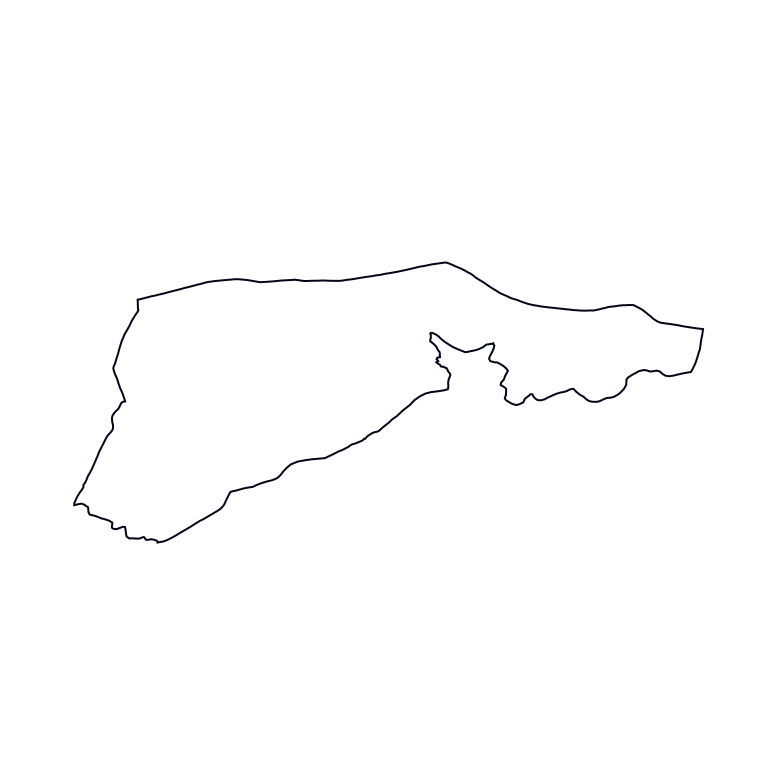 Peam Chor, Prey Vêng, Cambodia, rotated 82°
{"feature_id": "14789045B80161198747042", "entity_name": "Peam Chor", "entity_type": "district", "adm_level": 2, "iso_a3": "KHM", "parent_name": "Cambodia", "parent_adm1": "Prey Vêng", "projection": "equal_earth", "projection_center": [105.272, 11.043], "detail": "fine", "context": "isolated", "style": "outline", "palette": "ink", "viewbox_px": 768, "rotation_deg": 82, "n_neighbors": 0, "source": "geoboundaries", "source_scale": "gbopen_adm2", "svg_char_len": 6145}
<svg xmlns="http://www.w3.org/2000/svg" viewBox="0 0 768 768"><g transform="rotate(82 384 384)"><path d="M266.2,616.2L274.7,617.1L276.8,617.0L278.2,618.0L281.4,620.9L286.5,625.1L291.0,628.0L294.8,630.9L298.4,633.8L301.7,635.7L304.5,637.5L308.9,639.6L313.7,641.8L317.4,643.3L321.0,645.1L326.6,647.6L328.5,649.0L330.8,649.9L332.3,649.8L336.5,649.1L340.5,647.9L343.3,647.3L346.7,646.8L351.2,645.9L356.7,644.3L365.2,642.7L365.2,644.0L365.6,645.8L366.6,647.1L368.8,648.5L371.4,650.3L373.8,653.6L375.7,655.7L378.0,657.5L380.3,658.2L383.8,658.4L387.0,658.1L390.2,658.6L391.7,659.3L393.9,661.5L396.5,664.7L398.6,666.5L403.5,669.9L405.8,671.5L411.3,675.4L415.3,677.6L425.3,683.7L428.1,685.5L431.1,687.7L434.4,690.3L437.6,692.0L440.0,693.7L442.2,695.7L444.5,696.1L446.9,698.1L449.3,700.5L451.4,702.2L453.8,704.1L456.0,705.4L458.9,707.3L460.9,707.6L460.7,705.9L460.4,702.1L460.4,700.1L462.0,697.2L463.4,696.1L464.3,694.6L465.2,694.2L469.6,694.5L472.3,693.7L474.6,688.0L476.3,685.1L477.7,682.6L479.1,679.2L480.7,676.0L481.3,674.9L482.1,674.0L483.4,672.4L484.7,672.5L486.6,673.2L488.4,673.4L489.6,672.3L490.4,670.0L490.4,668.7L489.7,665.5L489.1,662.1L489.6,660.3L492.7,660.2L496.7,660.3L499.3,660.1L501.4,657.9L501.9,654.0L502.5,651.3L502.9,648.9L503.0,647.4L502.5,645.9L502.1,643.1L503.0,642.4L504.9,641.6L505.4,640.4L505.4,637.6L505.3,636.2L506.2,633.4L507.5,631.0L508.4,630.2L509.5,630.3L509.3,628.6L509.4,627.4L509.2,624.4L508.6,621.3L507.2,616.9L505.7,612.8L502.2,604.6L500.4,600.2L498.8,596.2L496.4,591.1L493.9,585.3L492.3,580.5L490.2,575.6L486.4,566.4L484.7,563.1L482.8,560.7L481.0,558.9L477.1,556.5L472.3,553.2L469.7,551.3L469.2,549.7L469.0,546.0L468.6,542.8L467.9,537.9L467.6,531.8L467.6,528.2L466.3,524.2L465.0,518.6L464.2,513.3L463.7,508.0L462.4,503.0L459.9,499.3L456.2,495.5L453.2,491.6L450.6,487.4L448.8,480.1L448.5,471.9L448.5,465.7L448.8,460.7L449.0,456.7L449.2,452.9L446.5,444.3L445.5,441.3L444.6,438.9L443.6,434.6L442.7,432.0L441.4,428.3L440.3,426.3L439.4,424.2L439.1,421.6L438.3,418.2L437.6,415.5L437.1,413.8L436.6,412.5L435.4,411.4L435.6,410.1L434.3,408.8L433.1,407.1L431.4,403.6L430.4,400.2L430.3,397.8L429.9,395.9L428.7,394.0L427.0,391.6L424.7,387.6L422.8,384.4L420.2,380.9L418.6,377.7L417.4,375.4L415.9,373.4L412.2,368.0L408.4,361.3L404.2,356.0L401.3,350.4L399.2,344.2L398.6,338.5L398.7,331.9L398.6,325.4L398.1,321.6L397.0,321.0L394.2,320.5L391.9,320.4L388.7,319.4L385.1,317.4L383.8,317.0L382.1,317.7L380.4,318.7L378.1,319.4L376.9,319.9L376.2,321.5L375.1,322.6L375.2,323.6L374.4,325.3L372.7,326.0L370.7,328.4L369.7,329.1L368.9,327.1L367.8,327.8L366.8,328.5L365.4,327.6L365.2,324.8L363.6,324.8L361.5,324.4L359.9,324.6L358.4,325.6L356.5,326.4L354.3,327.0L351.9,328.7L349.4,331.0L348.3,332.2L346.3,332.0L345.2,331.3L341.9,330.8L340.5,331.2L339.9,330.5L340.1,329.1L341.0,327.6L342.3,325.6L344.6,323.2L347.4,321.1L350.9,317.8L354.1,314.1L356.7,311.0L359.6,306.5L361.3,303.5L363.7,299.3L363.9,297.6L363.7,295.4L363.3,289.3L363.0,286.7L362.1,283.3L361.2,280.5L359.4,277.6L359.2,276.3L359.3,274.8L359.1,273.0L359.3,272.0L358.9,270.1L359.9,270.0L361.2,269.4L363.7,270.3L367.2,272.3L371.5,275.5L373.7,276.4L376.1,275.6L377.8,271.7L378.5,268.7L380.9,265.5L383.0,263.0L385.8,260.7L388.1,259.4L392.5,262.7L396.1,264.6L399.2,268.0L401.3,268.6L403.2,266.1L404.9,264.3L406.0,263.7L411.8,264.8L415.0,266.4L417.1,265.4L421.2,260.3L422.4,258.0L423.2,256.0L423.2,254.5L422.7,252.3L421.7,248.8L420.0,247.6L418.7,246.9L417.7,245.6L416.6,243.7L415.5,241.6L414.5,240.4L414.8,238.5L417.5,237.6L419.7,236.0L421.4,234.0L422.0,230.7L421.5,227.0L420.2,223.6L419.2,220.0L418.5,217.8L417.6,214.3L417.0,210.1L416.9,207.0L416.4,203.8L415.5,201.6L415.0,198.8L415.2,197.1L416.6,196.0L418.7,194.5L420.4,192.9L422.5,190.8L424.3,188.2L425.9,187.0L428.0,185.0L429.5,183.1L430.7,179.8L431.2,176.0L431.1,173.0L429.6,168.4L428.9,165.5L429.1,161.3L428.7,158.2L427.6,155.1L426.0,151.9L423.9,149.1L422.2,147.1L420.1,145.4L418.4,144.2L416.7,143.9L414.5,143.4L413.4,143.4L411.8,141.7L411.2,140.8L410.3,138.7L409.3,136.6L408.1,133.3L406.8,129.8L406.3,125.4L406.9,122.4L408.7,118.7L408.8,115.2L408.7,112.0L410.1,109.0L412.6,107.0L415.0,104.1L416.0,100.5L416.0,96.5L415.5,91.6L415.0,85.4L414.9,80.7L414.8,78.4L412.1,76.3L408.6,73.9L405.9,72.3L402.3,70.5L397.3,68.2L393.4,66.3L384.0,63.6L379.0,61.8L376.4,61.1L374.0,60.4L372.6,65.9L371.1,71.1L368.4,79.9L366.1,86.6L362.7,98.5L361.7,101.8L360.1,104.6L357.0,108.2L353.9,110.8L349.4,115.0L346.5,117.8L344.3,120.6L343.2,122.2L340.5,126.1L340.4,127.0L340.0,129.6L339.8,131.2L339.6,133.7L339.3,135.9L339.1,139.6L339.1,141.9L339.2,145.8L339.0,147.6L339.0,149.7L339.0,151.7L339.5,154.4L339.6,156.4L339.8,158.7L340.0,160.1L340.2,162.6L340.3,164.6L340.4,166.4L340.0,168.4L339.4,174.6L338.5,179.8L337.7,183.3L337.2,185.9L336.3,189.2L334.5,196.7L334.0,198.3L333.3,201.3L332.8,203.3L331.6,207.9L331.1,210.2L330.6,211.8L329.2,217.2L327.5,222.4L326.7,225.1L325.7,227.6L324.8,230.1L323.9,231.9L321.6,236.5L320.1,239.0L319.2,240.6L317.1,245.4L315.5,248.0L313.5,251.0L311.9,253.7L310.1,256.5L307.7,259.3L303.1,264.9L296.6,272.0L294.8,274.3L291.6,278.2L289.2,280.3L288.1,281.4L287.1,282.6L286.1,283.8L285.2,285.3L284.4,286.3L283.3,287.6L280.6,291.5L279.7,292.9L279.2,294.0L278.6,294.7L277.2,297.3L276.4,298.3L275.1,300.5L274.2,301.9L272.5,305.2L272.2,306.9L272.2,310.0L272.2,313.6L272.2,316.7L272.2,320.1L272.7,327.2L272.8,333.0L273.3,337.4L274.1,346.1L274.7,355.2L275.0,363.4L275.0,367.1L275.4,372.4L275.3,376.3L275.5,380.3L275.5,389.4L275.7,396.2L275.8,401.3L275.8,403.3L275.7,404.9L275.8,411.7L275.6,414.3L275.0,418.6L274.6,420.7L274.3,422.8L273.9,425.3L273.3,428.0L273.1,429.9L272.8,431.7L272.4,436.3L272.1,438.3L271.8,440.7L271.6,442.8L271.1,447.5L270.8,449.0L270.4,450.6L269.2,454.4L268.9,456.0L268.4,457.1L268.2,459.8L267.9,463.8L267.3,470.2L267.0,478.0L266.7,483.0L266.1,490.9L265.8,493.1L263.3,500.8L262.1,504.6L260.2,512.6L259.5,516.9L259.2,523.0L258.9,528.4L258.5,538.1L258.5,544.3L258.7,546.8L259.3,550.9L259.6,554.4L259.9,556.5L260.3,560.1L260.8,564.1L261.1,567.6L261.7,572.1L263.0,583.9L263.8,590.2L264.1,594.3L264.5,597.4L264.8,602.3L265.3,606.6L265.9,611.7L266.2,614.9L266.2,616.2Z" fill="none" stroke="#020617" stroke-width="2"/></g></svg>